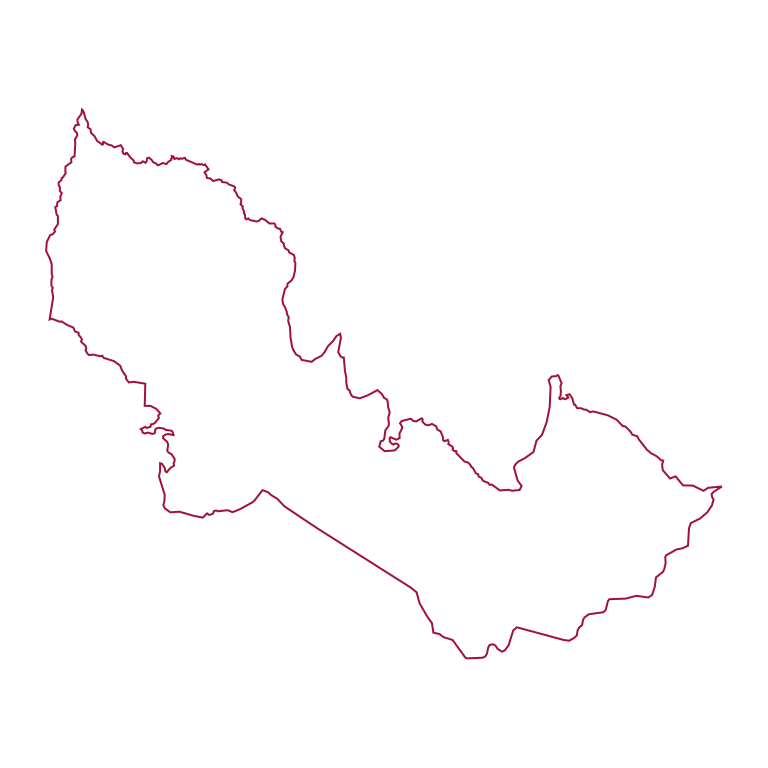 Motanasela, Berea, Lesotho
{"feature_id": "5366337B76858512274815", "entity_name": "Motanasela", "entity_type": "district", "adm_level": 2, "iso_a3": "LSO", "parent_name": "Lesotho", "parent_adm1": "Berea", "projection": "mercator", "projection_center": [27.805, -29.252], "detail": "fine", "context": "isolated", "style": "outline", "palette": "rose", "viewbox_px": 768, "rotation_deg": 0, "n_neighbors": 0, "source": "geoboundaries", "source_scale": "gbopen_adm2", "svg_char_len": 6050}
<svg xmlns="http://www.w3.org/2000/svg" viewBox="0 0 768 768"><path d="M489.6,645.0L493.0,644.3L495.3,645.4L497.7,648.9L502.1,651.7L504.7,650.4L508.5,645.6L513.2,630.5L516.9,627.3L563.8,640.0L569.1,640.7L573.6,638.3L576.8,635.5L577.7,630.1L579.2,627.5L582.1,625.1L583.0,620.1L584.3,617.6L588.7,614.3L603.5,612.2L605.8,609.8L607.9,601.1L609.4,599.2L625.7,598.6L636.3,595.8L648.3,597.5L652.1,594.9L654.7,587.1L656.0,577.4L663.0,571.8L664.3,569.0L665.6,563.4L665.3,556.9L666.0,555.4L676.4,549.5L682.4,548.3L688.0,545.7L689.0,528.2L690.9,523.0L700.1,518.5L707.4,512.2L711.9,505.5L713.6,499.5L712.1,497.1L711.6,494.1L713.8,491.7L721.9,486.5L708.2,487.8L703.5,490.8L692.9,485.6L683.0,485.4L675.6,476.4L670.0,478.5L662.8,470.2L662.1,464.9L663.2,460.6L661.3,460.4L656.8,456.3L651.1,453.3L646.9,449.7L638.9,439.5L637.2,436.2L632.3,434.7L630.6,431.7L625.4,426.5L622.7,426.1L616.8,419.8L607.8,415.3L593.2,411.4L589.8,412.1L586.4,409.7L584.3,409.7L581.1,408.2L577.2,408.2L575.1,404.6L574.0,404.6L572.4,398.5L569.7,394.3L566.5,395.1L568.3,397.6L565.8,399.0L564.6,399.2L562.8,397.9L561.0,399.2L559.7,399.1L559.2,397.9L560.5,396.0L560.9,391.3L560.4,386.3L561.6,383.2L558.4,375.6L557.6,375.1L556.1,376.2L551.7,376.5L548.7,380.1L550.6,387.0L549.7,406.9L546.7,422.0L542.0,434.9L536.5,440.6L533.5,452.0L524.5,458.4L518.1,461.7L515.2,464.7L513.9,467.5L517.7,480.7L521.6,485.9L519.6,490.0L511.9,490.8L509.0,489.8L499.8,490.4L491.9,484.6L489.5,484.8L488.3,482.9L483.1,480.9L481.4,477.9L478.5,476.4L478.2,474.2L475.9,473.4L472.7,467.7L471.2,466.9L470.6,465.2L468.2,462.6L464.4,461.5L456.3,453.1L456.3,451.1L453.9,450.9L452.6,449.8L453.1,448.3L452.2,446.4L448.4,444.2L448.7,442.2L447.9,439.9L444.3,441.2L443.1,440.1L442.9,437.0L440.7,431.5L437.1,429.3L436.2,426.3L432.0,423.9L428.6,425.3L425.4,424.7L422.4,421.6L422.6,419.1L421.6,418.3L416.3,421.4L413.2,420.9L410.9,418.7L401.7,421.0L400.0,423.3L401.8,426.0L402.3,427.9L399.5,433.4L399.6,438.1L396.3,439.7L390.6,437.2L389.6,438.2L389.9,441.5L391.3,443.3L393.3,444.6L395.2,443.5L396.9,443.7L398.7,445.3L398.6,446.7L394.8,450.4L384.7,451.2L379.2,446.7L380.8,441.2L383.1,440.6L384.2,438.8L385.4,430.2L388.6,425.9L388.9,423.7L388.2,417.8L389.7,412.3L388.2,407.4L387.6,401.3L386.7,399.3L384.2,398.0L382.0,394.2L377.5,390.1L367.3,395.5L359.8,398.3L353.0,396.8L351.1,395.0L349.4,390.3L347.5,389.0L346.2,382.1L346.3,377.8L344.9,370.4L343.8,357.5L342.3,357.5L340.4,356.2L338.2,352.2L340.9,337.9L340.2,333.8L336.4,336.1L333.2,340.9L328.0,346.1L324.6,352.1L321.6,355.8L315.2,359.0L311.6,361.8L301.6,359.9L299.9,356.6L296.1,354.5L293.9,351.0L292.2,347.3L290.5,337.4L290.0,327.0L288.1,320.8L288.8,317.6L286.9,313.9L286.9,312.2L284.9,307.0L283.0,303.8L282.4,299.0L285.0,288.9L287.3,286.5L287.5,283.7L291.6,280.3L293.5,277.3L295.0,270.6L295.4,262.8L294.3,260.9L294.8,258.1L293.9,255.0L289.2,252.5L288.5,250.3L285.1,248.4L283.8,245.2L283.9,243.7L281.2,241.2L280.5,236.7L282.7,232.2L281.5,232.0L279.9,228.7L278.4,228.7L275.6,226.9L275.1,224.4L274.2,223.4L269.5,223.5L265.0,219.9L261.5,218.4L258.6,221.0L256.6,221.5L250.1,220.1L248.2,218.4L246.4,219.4L245.3,218.5L244.9,214.4L243.8,213.1L244.3,211.9L242.5,208.3L242.8,206.6L240.5,204.2L241.1,203.4L241.2,199.2L237.8,196.5L235.9,192.3L234.2,190.3L235.1,187.6L234.4,186.5L228.6,184.3L227.0,182.7L222.0,182.0L221.5,180.3L219.1,179.4L213.0,181.0L210.6,178.6L206.9,177.9L206.4,175.3L204.5,172.3L208.5,169.3L204.9,164.4L203.5,165.1L201.6,164.0L200.1,164.7L198.7,163.9L197.5,164.7L186.0,159.8L184.9,157.8L182.0,158.8L180.3,158.3L179.2,159.3L176.9,158.1L174.4,159.0L173.6,156.6L171.8,156.1L172.2,158.0L171.2,158.8L171.1,160.0L168.1,162.0L166.4,164.1L162.8,163.0L158.6,165.2L157.4,165.1L156.2,163.6L152.9,162.0L152.0,160.3L149.1,157.7L147.3,158.0L146.7,161.0L145.6,162.8L142.7,161.3L141.1,163.0L137.1,163.4L134.0,162.3L133.6,160.4L130.1,157.2L127.0,152.9L126.0,153.0L125.6,154.3L123.6,153.8L122.4,151.4L123.1,148.8L120.8,145.2L114.2,147.4L111.8,145.5L108.0,144.5L103.7,141.9L103.0,142.2L102.9,144.4L102.3,144.7L97.1,140.9L94.5,136.2L91.2,133.0L90.4,129.1L87.7,127.3L88.2,124.8L87.6,121.9L85.7,119.2L83.3,111.0L82.0,109.6L81.4,113.8L77.3,119.7L77.7,122.5L78.9,124.7L75.7,125.1L73.8,128.6L74.9,130.9L76.7,132.6L77.4,135.2L74.9,139.5L75.3,143.6L74.5,156.5L72.7,157.0L71.1,158.8L71.4,162.3L65.5,166.5L65.3,171.5L65.8,173.0L63.0,177.3L61.7,178.1L61.5,179.9L58.7,182.5L58.7,185.4L59.9,187.0L59.9,191.0L61.8,193.2L60.3,196.7L60.6,200.2L57.4,202.3L57.0,206.1L55.3,207.0L56.6,214.5L57.9,216.0L57.9,224.1L54.2,229.7L55.0,231.6L52.4,234.5L50.3,234.8L46.8,241.9L46.1,250.9L49.9,258.7L51.7,264.2L51.7,273.4L52.5,277.2L51.5,279.5L51.3,285.3L52.8,287.9L52.0,289.9L53.2,297.4L49.6,319.5L51.8,318.7L59.5,321.7L61.4,321.4L68.0,325.4L73.3,327.5L75.1,331.5L78.6,332.7L78.6,334.9L81.1,337.7L81.9,339.7L81.0,341.5L85.8,346.2L86.3,348.7L85.5,350.1L87.4,353.6L89.1,355.1L93.3,354.6L100.7,356.3L102.3,355.7L103.7,357.9L113.9,361.1L120.1,365.6L122.1,370.6L126.0,376.3L126.0,378.6L128.8,382.4L133.6,381.8L145.3,383.7L144.7,405.9L150.5,405.9L156.3,408.9L160.3,413.4L158.3,415.4L158.8,418.2L154.4,423.5L150.9,424.4L150.5,426.8L146.6,428.0L145.4,426.8L140.7,429.1L142.3,430.7L142.5,432.4L144.4,433.5L148.1,432.6L152.2,433.9L154.7,433.3L155.5,428.9L158.6,427.7L163.9,428.6L165.6,429.9L171.5,430.7L172.8,432.3L173.5,435.1L168.3,434.0L165.5,434.6L163.1,436.3L162.9,438.0L167.2,441.9L168.2,444.7L167.2,450.7L168.5,452.5L171.8,454.5L174.6,458.9L174.6,461.1L173.6,463.2L174.1,465.6L170.2,468.1L166.7,472.3L165.4,471.4L164.8,468.1L162.1,463.9L160.1,463.2L160.1,471.0L159.0,476.4L164.7,494.8L164.4,501.3L163.3,505.2L164.8,508.3L170.3,512.3L179.5,511.7L193.5,515.8L202.9,517.6L207.0,513.4L209.0,514.9L211.5,514.4L213.1,513.4L214.0,511.0L216.3,510.5L217.9,511.3L227.7,510.2L232.5,512.2L239.9,509.2L252.5,502.3L254.5,500.5L262.5,490.2L267.9,492.1L271.3,495.2L277.1,498.6L284.5,506.4L317.4,528.4L410.6,587.5L416.6,592.3L419.6,603.3L427.3,616.7L431.9,623.0L433.4,632.7L439.4,634.0L443.2,637.0L452.6,640.0L465.4,657.7L467.4,658.4L482.7,657.7L485.5,656.2L487.0,653.6L488.1,647.8L489.6,645.0Z" fill="none" stroke="#9f1239" stroke-width="2"/></svg>